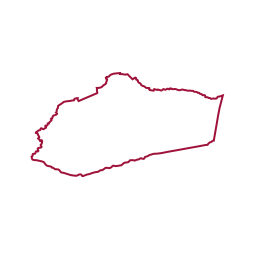 Cai Nuoc, Cà Mau, Vietnam (Robinson projection), rotated 59°
{"feature_id": "81297802B26446696948049", "entity_name": "Cai Nuoc", "entity_type": "district", "adm_level": 2, "iso_a3": "VNM", "parent_name": "Vietnam", "parent_adm1": "Cà Mau", "projection": "robinson", "projection_center": [105.034, 9.008], "detail": "fine", "context": "isolated", "style": "outline", "palette": "rose", "viewbox_px": 256, "rotation_deg": 59, "n_neighbors": 0, "source": "geoboundaries", "source_scale": "gbopen_adm2", "svg_char_len": 5683}
<svg xmlns="http://www.w3.org/2000/svg" viewBox="0 0 256 256"><g transform="rotate(59 128 128)"><path d="M148.9,29.9L148.4,32.4L148.2,33.2L148.0,33.6L147.7,34.3L147.5,34.9L147.6,35.5L147.9,35.9L148.1,36.3L148.2,36.7L148.2,37.2L147.8,38.0L147.5,38.6L146.8,39.3L146.4,40.4L146.1,41.2L145.7,41.8L145.4,42.0L144.8,42.2L144.3,42.6L143.8,43.4L143.7,43.5L142.9,43.8L142.6,44.0L142.4,44.3L142.0,45.0L141.5,45.6L141.3,45.8L141.1,45.8L140.7,45.4L140.1,45.3L139.6,45.3L139.3,45.4L138.5,46.8L138.4,47.0L138.1,47.3L137.7,47.4L137.1,47.4L136.8,47.6L135.9,48.5L135.5,48.8L134.7,48.9L134.3,49.1L134.0,49.8L133.8,50.0L133.0,50.3L132.7,50.5L131.9,51.3L131.1,52.5L130.7,52.8L129.9,53.0L129.5,53.4L128.8,54.5L128.0,55.4L127.3,56.7L126.8,57.5L123.2,61.4L122.9,61.8L122.7,62.6L122.4,63.6L122.1,64.5L121.8,64.9L121.2,65.5L120.3,66.2L119.1,67.2L118.7,67.7L118.0,69.3L117.6,69.8L116.8,70.3L116.2,70.9L116.5,71.2L115.6,72.2L116.0,72.8L114.6,74.1L114.5,76.2L114.2,76.6L113.7,77.0L113.0,77.4L112.9,77.6L112.9,77.9L112.9,78.3L113.1,79.3L113.1,79.6L113.1,80.0L112.7,80.5L110.4,82.6L110.5,83.3L108.2,85.5L109.2,86.8L106.7,89.8L106.3,89.9L106.1,89.7L105.7,89.7L105.4,89.9L105.2,89.8L104.9,89.2L104.6,89.3L103.9,90.5L103.4,91.2L102.8,91.8L100.6,92.7L99.2,94.0L98.6,94.2L97.9,94.5L97.6,94.5L96.8,94.4L96.1,94.5L95.9,94.6L95.3,95.1L94.3,95.4L93.8,95.5L93.0,95.5L92.4,95.1L92.2,95.1L91.7,95.2L90.9,95.9L90.6,95.9L90.1,95.9L89.5,95.4L89.3,95.4L88.5,95.9L88.6,99.0L82.7,100.5L81.7,100.7L81.5,101.0L81.0,102.6L78.8,105.3L77.6,107.1L76.8,106.5L76.4,107.3L74.3,111.8L73.9,112.9L73.5,115.0L73.5,115.8L73.6,116.5L73.9,117.5L74.0,118.1L73.9,118.6L73.6,119.5L73.3,120.0L73.3,120.5L73.4,120.9L73.5,121.1L74.2,121.4L74.5,121.4L75.3,120.8L75.5,120.8L75.9,121.1L76.2,121.6L76.6,121.8L76.8,122.1L77.5,123.2L77.7,123.3L77.9,123.4L78.1,123.5L78.4,123.8L78.6,124.2L78.6,124.5L78.8,126.1L78.7,127.1L78.8,127.5L79.0,128.0L79.2,128.8L79.3,129.5L79.3,130.4L79.2,130.7L78.7,131.6L78.6,132.2L78.5,132.7L77.6,134.1L78.0,134.2L78.8,134.7L79.8,135.3L81.0,135.8L82.1,136.2L82.2,136.3L82.2,136.7L81.5,141.7L80.6,148.2L79.5,156.4L77.8,156.5L77.4,156.4L76.5,155.7L76.0,156.7L75.7,157.6L75.5,158.3L75.5,158.8L75.7,159.2L76.4,159.9L75.5,162.2L74.5,164.9L73.9,165.9L72.9,168.5L72.6,169.6L72.6,170.3L72.7,170.7L72.8,171.1L73.0,176.4L74.8,177.9L74.8,178.2L74.9,178.4L75.3,179.0L75.6,179.5L76.6,180.4L77.3,180.8L77.6,181.1L77.7,181.4L77.7,181.7L79.2,181.5L79.5,182.0L79.6,182.5L79.2,184.5L79.0,185.6L79.1,186.1L79.2,186.5L80.0,187.1L80.3,187.4L80.5,187.8L80.5,188.0L80.4,188.6L80.3,188.9L80.5,189.3L81.0,189.0L81.3,189.0L81.9,189.5L82.1,189.9L82.5,191.7L82.6,192.2L82.7,192.5L82.8,192.7L83.3,193.3L83.4,193.5L83.2,193.7L82.8,194.0L82.8,194.3L82.8,194.5L83.0,194.7L83.6,195.0L83.8,195.2L84.1,195.7L84.2,196.0L84.1,196.4L84.0,196.7L83.6,197.2L83.5,197.5L83.7,197.9L84.0,198.0L84.7,197.9L85.2,197.9L85.5,198.1L85.4,199.5L85.5,200.6L85.5,201.0L85.3,201.3L85.0,201.6L83.8,202.2L83.6,202.4L83.5,202.7L83.5,203.0L83.7,203.4L84.3,204.0L84.4,204.3L84.5,204.5L84.4,204.8L84.1,205.7L84.1,206.1L84.2,207.7L84.2,208.4L84.3,208.9L84.5,209.3L84.6,209.5L84.9,209.5L85.2,209.3L85.8,208.5L85.9,208.4L86.2,208.3L86.4,208.3L86.8,208.5L87.8,208.7L89.7,208.6L90.0,208.7L90.2,208.8L90.5,210.1L90.6,210.4L90.8,210.4L91.0,210.4L92.4,209.8L92.7,209.8L92.9,209.8L93.2,210.0L93.5,210.0L93.8,210.0L94.0,210.0L94.1,209.8L94.2,209.7L93.9,208.9L93.8,208.6L93.9,208.4L94.0,208.3L94.2,208.2L94.8,208.3L95.5,208.6L96.8,209.8L97.1,210.3L97.4,211.4L97.6,211.6L97.8,211.7L98.0,211.8L98.4,211.7L99.1,211.7L99.6,211.8L99.9,212.2L99.9,212.5L99.8,213.0L99.0,215.1L99.0,215.5L99.1,215.8L99.3,216.1L99.7,216.3L100.5,216.5L101.2,216.5L101.6,216.8L101.7,217.0L101.6,217.5L100.8,218.5L100.7,218.7L100.8,218.9L100.9,219.3L101.9,220.4L102.0,220.7L102.1,221.0L102.0,221.3L101.4,222.4L101.3,222.7L101.3,222.9L101.4,223.2L101.6,223.4L102.4,223.9L102.7,224.1L102.8,224.3L102.9,224.6L102.9,225.4L103.6,225.6L104.8,226.1L105.4,226.1L105.9,226.1L107.4,224.7L108.2,223.4L109.3,222.1L112.7,218.6L113.4,218.1L114.0,217.7L114.5,217.6L115.5,217.6L117.0,217.4L117.9,217.2L119.1,216.4L121.0,214.3L121.4,213.9L122.2,213.6L122.8,213.6L123.1,213.1L123.5,212.8L125.7,211.7L126.1,211.3L126.8,210.2L127.4,209.4L127.8,209.0L128.4,208.7L129.2,208.5L131.2,208.3L131.8,208.0L132.1,207.8L132.6,207.0L133.7,205.9L138.8,201.4L140.1,199.9L142.2,197.1L142.5,196.5L142.7,194.0L143.0,193.1L143.4,192.5L143.8,192.1L144.1,192.0L144.9,192.0L145.4,192.0L145.7,191.9L145.9,191.6L146.1,190.9L146.8,187.0L147.2,186.0L147.5,185.1L148.3,181.3L148.9,179.1L150.0,176.6L150.1,176.3L150.1,175.7L150.1,174.9L150.0,174.3L150.0,173.6L150.2,173.0L150.8,172.0L150.8,171.7L150.9,170.9L150.8,169.9L150.7,168.6L150.6,167.9L150.8,167.3L151.7,166.0L152.5,165.0L152.9,164.5L153.0,163.9L153.1,163.3L153.0,162.6L152.7,160.7L152.7,160.2L152.8,159.8L153.3,159.3L153.9,158.7L154.2,158.3L154.5,157.9L155.2,156.2L156.4,153.2L156.4,152.7L156.4,151.9L156.0,150.2L155.9,149.5L156.1,148.6L157.3,145.7L157.3,145.3L157.3,144.9L157.3,144.5L156.8,143.3L156.8,142.6L157.0,142.2L157.9,140.7L158.5,139.8L158.7,139.6L159.3,139.2L159.4,138.9L159.7,137.0L159.9,136.1L160.2,135.6L160.4,135.1L160.5,134.6L160.4,133.5L160.4,133.1L160.5,132.8L160.6,132.5L161.9,131.3L162.3,130.8L162.5,130.4L162.5,130.0L162.3,129.4L161.7,128.6L161.7,128.4L161.7,128.0L162.3,125.5L162.2,123.8L162.3,123.1L162.7,121.9L163.0,120.6L163.3,119.4L164.4,117.3L165.0,116.2L166.3,113.3L167.1,111.2L168.8,106.5L174.1,92.6L176.5,86.2L177.2,84.4L179.0,79.7L182.5,70.3L183.4,68.5L183.2,68.2L182.9,67.4L182.6,66.3L182.5,65.6L182.6,64.8L182.8,64.0L182.8,63.5L182.8,63.1L182.6,62.4L182.6,61.9L183.0,60.9L182.8,60.8L175.3,54.3L163.7,44.3L158.0,39.2L148.9,29.9Z" fill="none" stroke="#9f1239" stroke-width="2"/></g></svg>